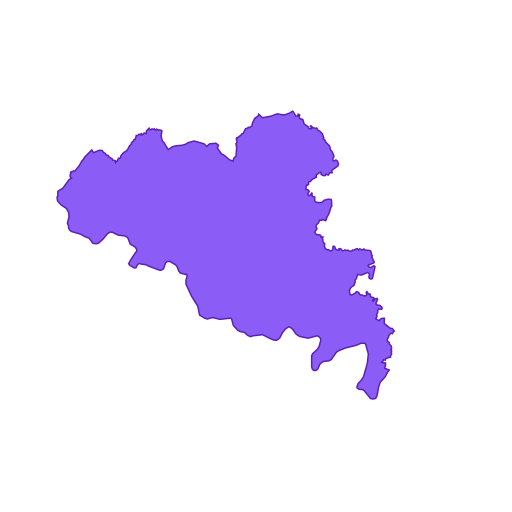 Metsi-Maholo, Mafeteng, Lesotho (orthographic projection), rotated 231°
{"feature_id": "5366337B55767639194071", "entity_name": "Metsi-Maholo", "entity_type": "district", "adm_level": 2, "iso_a3": "LSO", "parent_name": "Lesotho", "parent_adm1": "Mafeteng", "projection": "orthographic", "projection_center": [27.155, -29.616], "detail": "fine", "context": "isolated", "style": "filled", "palette": "violet", "viewbox_px": 512, "rotation_deg": 231, "n_neighbors": 0, "source": "geoboundaries", "source_scale": "gbopen_adm2", "svg_char_len": 6123}
<svg xmlns="http://www.w3.org/2000/svg" viewBox="0 0 512 512"><g transform="rotate(231 256 256)"><path d="M344.9,375.8L345.6,375.4L345.9,372.1L347.3,368.0L348.5,366.0L353.2,361.9L355.2,355.8L359.4,348.0L364.5,347.4L363.5,345.7L363.8,341.6L361.3,336.5L359.5,334.8L360.0,331.7L360.9,331.0L360.7,329.9L361.5,328.0L359.3,323.0L359.9,321.6L359.4,320.7L359.6,316.6L359.2,315.6L360.0,315.2L359.5,314.5L356.4,312.9L355.8,310.9L354.7,310.7L354.1,309.9L353.3,310.0L346.3,303.4L345.9,300.1L344.2,297.8L347.6,295.9L354.6,294.6L357.3,293.4L364.4,294.0L365.3,296.2L366.1,296.5L368.9,295.8L372.3,290.6L372.2,286.7L375.9,286.2L384.3,280.3L386.9,274.3L387.1,271.9L388.2,268.9L392.1,263.0L393.5,259.8L394.0,254.7L402.3,255.9L404.2,255.5L409.4,258.0L411.7,261.0L412.9,261.7L414.9,260.3L415.4,259.0L417.0,258.8L416.6,257.9L417.7,256.8L418.7,257.1L418.6,256.4L420.0,255.4L420.4,254.7L420.1,254.3L421.0,252.9L422.6,253.3L422.2,249.8L420.3,247.7L422.0,246.4L421.7,243.4L422.4,243.1L423.2,243.7L423.4,242.5L424.3,241.6L423.9,240.1L425.0,238.8L422.6,235.5L423.3,234.4L422.4,232.9L422.6,230.7L421.3,229.3L421.3,227.1L419.9,224.2L419.2,221.4L419.7,218.1L419.0,214.3L417.7,212.5L417.6,211.6L418.6,210.6L417.0,208.0L417.5,207.1L417.0,205.8L418.7,206.6L420.7,205.0L421.8,205.4L425.4,204.1L427.1,204.4L429.0,203.1L430.5,203.5L432.4,202.6L434.8,202.9L436.7,200.9L438.5,194.8L441.8,195.1L440.6,184.7L439.6,182.6L439.6,181.0L437.3,175.0L436.1,168.7L436.9,167.7L437.8,164.6L437.1,164.6L435.9,162.5L434.3,161.4L432.6,161.6L433.0,158.7L430.2,148.5L431.0,143.2L430.7,142.4L427.3,139.8L427.1,138.6L424.5,136.8L423.3,136.4L418.4,136.7L412.2,138.6L407.5,137.7L404.1,135.3L400.1,130.0L397.4,129.2L395.3,127.8L392.8,127.5L390.9,128.2L383.2,133.5L378.8,135.2L374.8,137.5L368.4,137.2L365.8,139.9L365.1,141.9L365.4,147.7L366.8,154.8L366.3,157.8L364.9,159.3L358.9,162.1L354.4,166.5L351.8,167.7L349.9,167.6L344.4,165.7L339.1,167.7L335.9,167.4L334.5,165.7L334.5,164.5L332.2,157.2L330.2,152.2L328.5,152.0L323.2,153.9L322.4,155.3L323.7,158.0L323.8,160.6L322.2,161.5L318.1,165.3L316.0,166.0L305.2,172.4L304.4,174.2L304.3,176.2L307.4,181.1L307.7,182.1L307.4,183.7L306.1,185.5L300.1,187.9L297.5,188.0L292.9,186.5L290.5,186.4L286.0,189.6L285.8,190.3L283.9,190.2L281.5,186.6L278.2,183.9L265.8,180.7L253.5,179.1L245.6,175.0L239.9,177.0L237.5,178.7L236.6,181.5L235.1,183.8L229.4,188.2L223.7,197.2L222.4,197.4L216.3,194.7L209.9,195.1L207.4,196.0L203.9,198.9L199.5,199.6L196.8,200.9L195.8,203.6L190.7,211.6L182.8,215.1L179.1,217.2L177.7,218.8L177.3,220.5L177.4,223.0L179.8,228.3L180.8,233.3L180.3,236.9L179.3,237.7L175.9,238.4L170.0,238.0L166.2,239.2L159.4,244.7L155.7,252.9L154.3,254.1L151.3,254.2L149.9,253.5L145.9,248.0L144.8,244.6L144.5,238.5L143.4,236.4L134.8,229.5L132.7,228.6L130.8,228.8L129.4,230.4L129.2,231.7L129.3,233.0L131.7,237.4L131.9,240.7L131.2,242.8L128.8,246.3L128.1,249.3L130.6,257.8L130.4,260.5L128.2,267.7L123.5,277.7L122.1,282.8L119.6,285.7L118.2,285.6L109.1,281.6L102.4,274.8L94.4,263.4L93.1,259.1L92.7,255.2L90.7,251.9L89.4,251.6L87.8,252.1L85.1,254.7L83.5,255.3L73.3,255.3L71.4,256.7L70.3,258.7L70.2,259.9L71.2,262.1L77.2,269.1L79.7,273.0L80.8,280.3L83.0,285.4L83.5,287.8L87.8,285.4L88.7,286.2L88.8,287.2L91.4,289.4L92.8,287.7L94.3,286.8L94.2,288.3L95.2,289.9L93.7,290.9L94.6,292.5L92.8,297.0L93.5,297.1L94.6,299.9L95.5,300.1L97.0,301.8L98.5,301.8L98.6,303.0L99.6,303.8L101.3,304.5L103.2,304.1L105.0,305.2L106.9,304.5L108.6,305.4L109.6,308.1L110.6,308.7L111.0,311.8L110.9,312.6L109.8,313.1L110.7,315.3L110.6,316.2L113.9,316.3L115.2,314.9L122.9,313.2L126.8,316.6L128.4,314.5L128.6,312.5L128.2,310.9L131.9,309.6L133.0,312.2L134.3,312.5L135.7,315.3L137.4,316.5L137.5,318.1L135.5,320.1L136.0,321.1L137.1,321.7L139.8,321.1L141.9,319.1L142.9,319.0L143.9,319.7L145.7,323.2L147.0,323.3L147.7,321.3L147.0,318.9L147.7,318.4L148.1,318.5L148.9,321.2L149.6,321.2L152.2,319.3L154.3,320.7L155.1,320.4L155.7,319.5L158.5,319.8L158.4,318.8L156.0,317.5L156.0,316.5L157.2,314.6L158.6,314.2L160.2,312.7L161.1,312.4L162.6,312.9L164.8,312.1L165.1,311.4L164.7,309.7L165.5,305.7L166.9,304.9L170.3,306.7L171.8,309.8L171.6,314.0L173.5,316.8L174.9,317.8L175.2,319.6L177.7,323.3L174.8,326.0L173.0,332.3L170.7,333.0L168.7,330.6L167.3,330.0L165.9,330.7L165.3,331.7L165.4,332.5L172.8,341.8L174.3,341.5L174.7,338.0L176.4,336.9L177.8,336.9L178.1,337.8L176.5,343.1L176.9,344.1L182.2,345.3L183.0,346.6L184.1,346.6L187.5,348.3L188.8,347.8L191.9,344.6L193.6,344.3L193.6,342.6L196.3,341.1L196.4,339.4L198.0,339.3L198.8,337.3L198.8,335.8L199.9,334.8L199.6,333.6L201.1,331.5L202.7,331.1L203.7,329.3L204.8,329.0L204.9,327.7L205.9,326.3L208.0,326.5L209.0,325.9L209.4,324.9L208.4,324.2L208.7,323.3L211.2,322.2L213.8,323.0L214.6,322.8L215.0,321.9L213.1,320.1L212.4,318.6L212.8,317.1L215.2,316.4L216.5,314.9L219.0,314.7L220.6,315.4L222.2,317.1L224.7,316.9L227.0,318.5L228.2,318.7L228.5,320.0L230.2,318.4L231.3,319.3L232.7,318.5L234.5,316.5L237.6,316.6L238.8,320.6L240.6,320.9L242.0,321.9L242.4,325.4L243.9,328.0L242.2,329.5L242.5,330.7L239.6,332.3L240.0,333.4L240.8,334.6L241.4,334.5L241.6,336.1L243.5,340.2L246.5,344.5L247.2,346.4L251.5,349.5L252.6,350.0L254.8,347.8L256.4,344.1L256.2,340.9L258.4,337.9L260.8,336.3L261.9,336.3L264.8,338.8L266.8,337.3L268.4,338.0L269.4,339.1L270.0,338.7L269.1,336.5L269.9,334.8L272.1,335.7L272.6,338.0L274.8,338.0L276.3,336.6L278.5,338.7L279.3,340.5L278.6,340.9L278.5,341.7L280.5,343.7L279.7,345.1L280.2,348.1L279.5,350.9L279.8,351.6L279.2,352.5L281.2,353.9L280.8,355.5L281.1,357.1L280.0,359.2L278.3,357.9L276.2,358.9L274.9,360.3L275.5,361.9L273.4,363.1L274.3,365.7L272.8,367.6L274.3,368.3L274.8,369.2L274.5,376.4L275.8,378.1L278.3,379.0L280.0,378.7L280.5,378.3L280.5,376.8L281.3,376.1L282.1,376.2L283.2,376.8L284.3,379.1L285.4,379.8L288.7,380.7L291.5,380.8L295.3,382.4L300.4,381.9L303.0,382.5L304.8,382.0L305.2,383.0L309.2,384.5L312.7,384.2L314.7,383.3L317.3,383.7L318.1,382.3L319.9,381.0L322.7,380.6L322.6,379.8L320.2,380.0L320.0,379.0L322.0,377.2L323.6,377.8L328.4,376.5L332.2,378.2L333.5,377.9L334.9,376.5L337.4,377.2L337.9,378.6L339.1,378.5L339.7,377.9L338.9,377.2L338.8,376.1L339.5,375.0L344.9,375.8Z" fill="#8b5cf6" stroke="#5b21b6" stroke-width="1.5"/></g></svg>